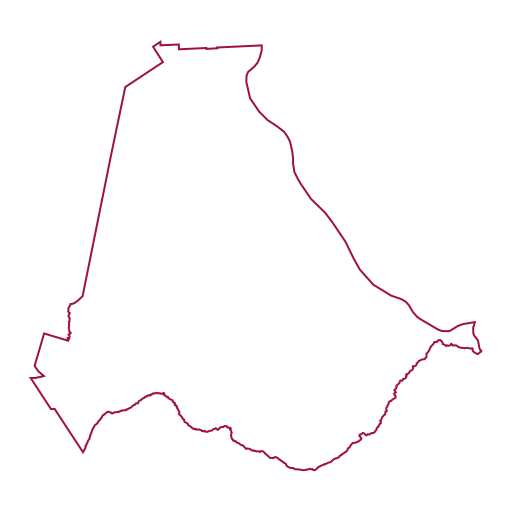 Rosario, Santa Fe, Argentina (Robinson projection)
{"feature_id": "61730980B23902943966550", "entity_name": "Rosario", "entity_type": "district", "adm_level": 2, "iso_a3": "ARG", "parent_name": "Argentina", "parent_adm1": "Santa Fe", "projection": "robinson", "projection_center": [-60.711, -33.096], "detail": "fine", "context": "isolated", "style": "outline", "palette": "rose", "viewbox_px": 512, "rotation_deg": 0, "n_neighbors": 0, "source": "geoboundaries", "source_scale": "gbopen_adm2", "svg_char_len": 6027}
<svg xmlns="http://www.w3.org/2000/svg" viewBox="0 0 512 512"><path d="M261.7,45.4L217.2,47.5L217.3,48.3L206.2,48.9L206.2,48.0L179.0,49.3L178.8,44.5L160.5,45.3L160.4,41.8L153.1,46.7L162.9,62.1L125.3,87.0L111.5,153.0L82.6,296.2L77.9,300.6L74.4,303.1L72.0,304.0L70.5,304.0L70.1,305.5L68.5,307.9L68.4,308.5L68.5,309.1L68.2,311.6L69.7,313.0L69.7,313.5L69.0,314.3L69.0,315.0L68.4,316.0L69.1,317.4L69.5,317.7L69.7,319.3L69.4,320.1L69.6,321.1L68.9,322.0L69.2,322.8L69.0,324.2L69.1,326.8L68.7,327.7L69.3,331.1L70.7,332.9L70.2,333.6L69.5,333.4L69.3,334.3L68.6,334.7L69.3,335.7L69.6,337.0L69.3,338.4L69.0,338.5L68.5,337.9L67.6,338.0L67.6,338.9L67.8,339.5L68.5,340.1L68.2,340.7L44.1,333.5L34.6,365.9L38.4,371.4L43.9,376.0L42.1,376.6L41.5,376.5L40.8,376.9L37.0,377.5L36.1,377.9L30.7,378.0L51.0,409.1L54.6,408.9L83.0,452.2L85.5,447.8L85.4,446.8L86.0,445.9L85.8,445.4L86.5,444.7L86.6,443.7L87.7,442.1L87.7,441.5L88.3,440.3L89.4,439.1L89.6,437.3L90.1,436.5L90.0,435.7L91.1,433.7L92.1,430.2L92.6,429.3L92.8,428.5L93.9,427.2L94.5,425.9L94.6,425.3L95.3,425.0L97.5,423.1L98.2,421.6L99.1,420.5L99.7,420.2L100.6,418.9L100.8,418.3L101.5,417.9L102.7,415.4L103.7,415.0L104.5,414.0L105.4,413.7L106.6,412.3L108.4,411.6L110.1,412.5L110.9,412.4L112.1,413.5L114.3,412.4L116.6,412.2L117.4,411.8L118.6,412.1L119.2,411.5L120.7,411.2L121.4,410.5L122.9,410.6L124.7,410.1L125.9,410.3L126.5,409.9L126.7,409.3L128.0,409.1L129.3,408.2L130.6,407.8L133.4,405.2L134.8,404.8L136.0,403.4L137.9,403.3L138.5,401.7L139.5,400.7L140.5,400.3L142.7,398.5L144.2,397.9L144.6,397.2L145.5,396.9L146.4,396.2L147.0,396.4L148.1,395.4L149.3,395.2L149.8,395.5L150.2,394.9L151.1,394.9L151.5,394.2L152.5,394.2L153.0,393.5L153.8,393.2L154.6,393.5L156.8,392.8L157.7,393.3L158.2,393.1L159.2,393.4L159.8,393.2L160.4,393.6L162.3,393.7L163.7,392.9L164.1,393.3L163.6,394.0L163.7,394.7L164.7,394.9L165.5,396.0L166.8,396.6L167.2,397.2L168.1,397.2L168.2,397.9L170.0,399.2L172.3,400.1L172.7,400.7L172.8,401.7L173.7,402.5L174.7,402.8L174.6,403.9L175.2,404.3L175.1,405.1L175.8,405.2L176.0,405.7L176.7,405.9L176.7,406.9L176.8,407.4L177.2,407.7L177.3,408.5L177.9,409.2L178.6,410.8L179.2,411.3L179.3,412.8L178.9,414.0L181.4,416.4L182.4,417.8L182.6,418.6L184.2,419.7L184.1,421.0L184.9,422.1L186.0,422.5L186.3,422.9L187.8,423.7L188.0,424.8L188.6,425.4L189.8,425.9L192.8,428.5L193.6,428.6L193.9,429.0L194.9,428.9L195.6,429.6L196.5,429.2L197.7,429.7L198.9,429.4L201.4,430.3L201.9,431.0L203.2,430.8L204.1,431.5L205.0,431.0L206.1,431.8L207.6,431.8L209.4,430.8L211.6,430.7L213.6,429.0L215.0,428.8L215.6,428.2L216.2,428.4L217.8,429.9L218.8,429.2L219.8,427.7L221.6,427.0L223.2,427.1L224.5,426.0L226.4,426.2L226.8,426.5L227.2,427.3L228.2,427.3L229.1,427.9L229.8,427.7L230.4,427.9L230.6,428.2L230.8,428.7L230.1,429.5L230.7,430.1L231.4,431.7L231.3,432.2L231.7,432.7L231.4,433.3L231.3,434.6L230.9,435.6L231.6,437.5L231.7,438.5L232.9,439.6L233.2,440.6L234.0,440.6L234.3,441.1L235.0,441.3L235.7,441.2L236.4,442.2L237.8,443.0L238.9,443.3L240.2,444.4L241.9,445.3L242.6,445.2L245.5,448.1L245.7,448.7L246.8,448.8L247.3,448.5L247.9,448.7L249.0,448.7L250.5,449.3L251.5,450.4L253.2,450.4L254.0,451.0L255.1,450.8L256.6,451.4L259.4,451.4L260.1,451.9L260.4,451.3L262.0,451.1L263.3,451.6L264.8,452.9L265.5,454.0L266.8,454.8L269.9,457.8L273.4,458.1L275.2,456.9L277.9,458.1L278.9,459.4L280.1,459.7L280.9,460.6L282.8,461.7L283.8,462.8L284.4,462.9L285.3,463.5L286.2,464.4L286.4,465.4L286.9,465.8L287.4,466.5L290.8,468.1L293.0,468.0L295.2,469.3L297.6,469.3L303.7,470.2L308.6,469.3L309.7,468.8L311.3,469.3L312.2,469.0L313.4,470.1L315.0,470.1L317.2,468.4L318.3,467.0L319.3,466.7L323.2,464.6L324.1,464.8L324.7,464.0L326.1,463.8L328.4,462.6L330.5,462.2L333.7,459.3L335.6,458.4L337.0,458.2L338.9,457.2L339.4,456.2L340.5,455.3L341.5,455.2L341.9,454.3L343.9,453.2L344.7,452.3L346.2,451.7L347.7,449.6L347.9,448.4L349.8,447.2L350.3,445.9L352.5,443.1L356.3,442.5L358.0,441.5L359.1,441.2L359.8,440.3L360.7,439.7L361.3,438.8L361.3,438.2L359.4,435.9L359.5,435.0L359.9,434.6L361.3,434.2L362.8,432.9L364.3,433.5L366.0,435.3L366.4,435.4L367.6,434.3L369.7,434.5L371.2,433.2L373.2,433.0L374.5,432.4L375.4,430.7L376.3,430.1L376.8,428.1L378.6,426.3L379.7,423.8L380.8,423.3L380.9,421.9L380.2,421.1L380.2,420.8L381.2,419.7L382.3,417.0L383.0,416.4L383.8,415.3L385.0,414.5L385.2,414.2L385.3,412.0L386.8,411.0L386.2,409.9L386.4,407.9L387.1,406.9L387.3,405.9L388.4,404.7L388.7,402.3L390.0,401.1L391.1,401.0L391.9,400.0L395.6,397.5L395.6,396.1L394.5,394.8L394.1,393.6L395.8,392.4L395.0,390.9L394.4,390.4L394.7,389.7L396.0,388.6L396.2,387.6L396.7,386.6L396.4,386.0L397.5,384.6L398.1,384.3L399.6,382.8L399.7,381.7L400.4,380.5L402.4,380.7L403.2,378.9L404.8,378.6L405.8,377.9L406.1,377.2L406.0,376.6L406.7,375.8L406.0,374.8L406.1,374.5L408.5,373.5L409.1,372.9L409.7,371.4L412.4,369.7L413.1,368.4L412.8,366.7L413.1,366.1L414.7,366.2L416.0,365.4L416.5,364.9L416.7,363.5L419.0,360.9L420.7,360.2L422.0,359.4L424.6,359.2L425.1,358.3L426.3,357.4L426.5,356.8L426.5,353.6L427.8,352.4L429.1,350.4L430.7,346.8L433.6,343.7L434.5,342.0L436.5,342.0L437.1,341.7L437.8,340.8L438.5,340.2L440.1,340.0L441.8,341.4L442.7,343.1L442.8,344.1L444.5,344.7L445.9,345.9L446.9,345.3L448.0,345.8L448.6,345.8L450.4,345.1L451.1,343.9L451.5,343.9L452.8,345.6L454.2,345.2L456.8,345.6L458.4,347.0L460.5,347.7L465.0,348.2L466.8,347.8L470.1,348.5L472.2,348.4L472.6,348.6L472.3,349.1L472.9,350.9L473.9,352.1L477.4,354.0L478.2,353.9L479.6,352.5L481.2,351.6L481.3,350.5L480.3,350.1L479.4,348.2L478.0,340.4L474.1,335.5L473.3,333.2L473.2,327.3L474.0,325.7L474.8,322.1L463.0,324.1L457.8,326.0L450.0,330.8L448.0,331.2L441.6,331.0L437.6,329.3L420.0,318.9L417.1,316.8L412.9,312.0L408.9,305.2L405.7,301.7L401.5,299.2L391.1,295.6L373.3,284.7L360.0,269.8L353.8,258.8L345.4,241.6L332.2,222.1L325.3,212.9L311.0,198.9L300.7,183.8L297.8,178.9L294.4,172.0L293.1,163.9L293.1,158.8L292.3,151.7L290.1,141.9L287.8,137.1L284.1,131.8L276.9,126.2L267.6,120.1L259.1,111.6L250.1,98.3L246.3,81.8L246.6,75.7L248.0,72.1L254.4,66.5L257.7,62.5L259.7,57.7L261.7,50.5L261.7,45.4Z" fill="none" stroke="#9f1239" stroke-width="2"/></svg>